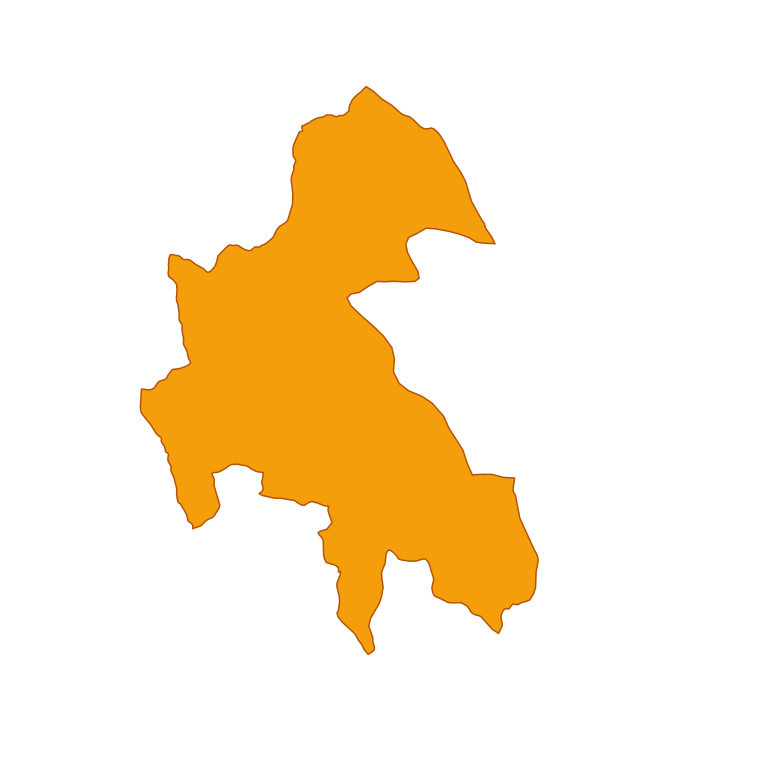 SVG path tracing the border of Pool, rotated 308°
{"feature_id": "COG-3341", "entity_name": "Pool", "entity_type": "Region", "adm_level": 1, "iso_a3": "COG", "parent_name": "Republic of the Congo", "parent_adm1": "", "projection": "natural_earth1", "projection_center": [14.821, -3.811], "detail": "fine", "context": "isolated", "style": "filled", "palette": "amber", "viewbox_px": 768, "rotation_deg": 308, "n_neighbors": 0, "source": "natural_earth", "source_scale": "10m", "svg_char_len": 6171}
<svg xmlns="http://www.w3.org/2000/svg" viewBox="0 0 768 768"><g transform="rotate(308 384 384)"><path d="M607.3,186.8L608.1,194.9L607.3,206.2L608.4,218.9L607.6,231.2L608.4,235.0L610.2,239.2L610.3,244.4L609.1,254.3L610.1,259.1L612.4,261.7L614.7,263.5L615.7,266.0L615.4,271.3L614.4,275.5L611.9,282.3L602.2,301.6L598.2,313.8L593.8,323.6L581.6,340.8L573.7,359.4L572.2,364.5L569.4,367.8L566.1,378.5L562.9,385.0L558.8,379.4L555.7,374.8L552.6,369.4L551.8,361.3L548.7,351.4L544.0,340.6L537.8,328.8L532.7,321.3L521.8,316.8L514.8,313.2L507.7,315.0L502.3,321.3L498.4,329.4L493.7,341.1L489.0,346.6L483.9,345.1L477.6,337.9L470.6,328.0L465.1,321.7L460.5,315.3L451.9,311.7L440.9,308.1L434.7,302.7L429.2,301.8L425.3,309.9L423.8,324.4L423.0,339.7L421.4,354.2L417.5,367.7L410.2,376.7L399.3,384.0L393.8,395.7L393.8,407.4L397.7,421.9L398.5,433.6L395.4,450.7L389.1,462.5L384.4,476.0L380.5,486.8L372.0,499.5L366.8,509.5L373.8,517.6L379.3,524.8L383.9,535.6L390.3,544.8L379.8,550.9L378.2,553.4L377.0,556.4L361.9,573.6L345.8,604.6L344.3,608.3L342.3,611.7L339.3,614.6L330.1,619.2L317.1,628.6L311.3,630.9L303.9,631.8L301.7,630.8L295.6,626.5L293.1,625.6L292.2,625.0L290.6,622.0L289.7,620.9L288.1,620.8L283.9,621.0L283.0,620.1L281.4,617.6L277.8,617.5L274.0,618.7L271.7,620.1L267.7,625.0L265.3,626.4L261.5,627.1L258.1,627.8L257.3,620.9L260.4,603.3L259.7,601.0L258.7,598.9L257.9,596.8L257.8,594.1L258.3,592.0L259.8,588.0L260.1,585.8L259.3,580.2L257.1,576.6L254.2,573.4L251.3,569.1L249.6,560.5L248.2,555.4L248.3,553.7L249.9,550.4L253.0,547.1L260.4,543.6L262.8,540.8L265.0,537.3L268.2,533.0L271.0,528.5L271.6,524.3L270.3,522.7L263.6,517.7L259.7,512.5L256.5,506.9L255.2,503.6L255.2,502.4L255.8,501.2L256.7,497.9L257.0,495.0L257.0,492.6L256.5,490.8L255.4,489.7L251.8,490.0L243.4,495.3L234.5,497.8L230.5,501.0L223.2,508.5L215.8,512.5L208.3,515.3L191.1,517.7L183.8,521.1L178.0,530.1L177.7,530.7L177.3,531.2L174.1,533.8L170.8,538.4L168.8,539.8L166.9,539.9L161.2,538.0L161.2,537.9L162.6,531.4L164.7,527.5L165.3,525.8L166.1,522.5L166.7,520.7L169.0,515.5L169.4,513.2L170.6,497.9L172.2,491.2L172.7,490.4L173.6,489.1L174.7,488.0L177.6,487.4L184.6,483.4L189.1,479.5L195.0,472.0L197.0,470.2L199.6,469.0L206.2,467.1L209.3,465.6L207.8,463.9L211.1,461.2L211.3,457.4L207.8,448.4L210.1,444.0L212.7,441.1L222.7,433.0L224.0,431.4L224.6,429.5L225.5,424.8L226.5,423.7L228.2,424.1L234.5,428.4L242.7,428.4L243.6,427.3L246.7,422.1L249.5,418.2L251.1,416.8L253.5,415.9L251.0,411.0L249.2,404.8L247.0,399.5L243.3,397.2L239.5,396.1L237.8,393.4L237.2,389.6L237.2,385.6L230.7,373.5L226.5,367.8L221.3,356.8L220.8,353.3L221.7,353.2L223.6,354.0L226.5,353.6L228.4,351.9L231.1,348.1L232.6,347.4L234.0,346.9L239.0,343.9L239.8,343.6L239.3,342.4L238.4,340.7L237.0,338.5L236.3,336.6L235.3,331.4L235.3,328.2L235.0,326.4L234.1,324.6L232.7,322.4L231.0,318.7L229.9,317.0L228.4,315.5L227.2,313.7L224.4,312.2L220.2,311.2L212.7,307.8L211.4,306.7L209.1,304.1L207.8,303.6L206.5,304.8L205.0,308.0L204.0,309.2L200.0,312.2L198.5,313.7L187.5,329.1L186.0,330.0L184.1,330.5L175.8,331.4L174.1,331.1L172.1,330.5L169.0,328.7L166.6,327.9L161.1,327.3L159.2,326.9L152.3,322.3L154.5,320.7L155.0,320.0L155.4,319.0L155.6,317.1L155.4,314.5L155.5,313.9L155.8,313.4L157.9,311.1L159.2,309.4L161.5,304.4L162.4,301.8L163.8,298.5L164.1,297.1L164.0,296.1L163.9,295.7L163.9,295.2L164.1,294.5L164.8,293.4L169.0,288.8L172.1,286.4L173.4,285.7L173.8,285.3L181.0,275.9L181.9,274.5L183.1,271.7L184.0,270.2L184.8,269.1L188.0,266.9L188.4,266.3L189.8,262.3L190.4,261.2L191.3,260.4L193.1,259.0L195.6,257.7L196.3,257.0L196.4,255.5L196.1,254.6L196.2,253.6L196.5,253.0L197.6,252.2L198.5,251.1L199.5,249.5L201.2,244.7L201.9,243.6L203.8,242.2L204.4,241.4L204.5,240.7L204.4,239.0L204.6,236.0L205.2,233.6L208.1,225.9L211.3,212.4L212.0,210.7L212.7,209.2L216.4,205.8L230.7,196.0L235.4,203.5L239.5,205.4L245.6,204.9L248.2,205.5L252.4,208.4L253.9,208.9L255.3,209.0L257.4,208.4L264.0,208.1L265.2,208.5L266.1,209.2L266.9,209.9L267.5,210.7L269.0,212.2L271.3,214.0L276.7,217.5L279.7,218.5L281.5,218.5L282.2,217.7L284.5,213.2L287.6,209.8L288.8,208.1L291.6,202.0L292.2,201.2L292.8,200.7L296.2,198.3L301.0,192.9L302.5,191.4L305.7,189.0L306.2,188.5L306.6,187.9L307.5,184.8L307.8,184.3L308.1,183.7L308.8,182.8L314.2,178.5L319.9,172.4L321.1,170.6L321.3,169.9L323.8,167.6L330.6,163.1L332.2,161.5L334.2,159.8L334.4,159.5L334.6,159.2L334.9,158.7L335.4,157.4L336.1,154.5L336.2,153.6L336.1,149.5L336.3,148.2L337.1,147.0L338.3,145.8L343.1,142.8L344.8,141.1L350.7,137.1L353.0,136.3L354.5,136.2L355.2,137.0L355.8,137.9L357.2,140.9L358.4,142.7L358.7,143.8L358.9,145.0L358.6,148.8L358.9,149.8L359.5,150.6L360.9,152.1L361.5,153.0L361.9,154.0L362.2,155.3L362.3,156.7L362.3,162.5L363.7,170.0L363.8,171.1L363.8,171.7L363.3,173.8L363.3,175.1L363.5,176.3L364.6,177.3L366.5,177.9L370.4,178.3L373.8,178.1L377.8,176.7L382.2,174.6L383.6,174.4L396.1,175.8L397.9,176.3L398.7,177.0L399.2,177.9L400.2,179.8L402.4,182.0L402.9,183.0L403.3,184.1L404.1,190.9L405.2,194.3L405.8,195.3L406.5,196.1L407.3,196.7L408.4,197.0L411.5,197.7L412.7,198.1L413.4,198.8L413.8,199.5L414.0,200.1L414.2,200.4L414.5,200.9L415.2,201.3L417.7,202.2L418.4,202.5L419.1,203.1L423.0,204.8L430.6,206.2L432.5,206.2L436.1,205.2L440.0,204.6L442.1,204.5L443.7,204.7L450.9,207.1L452.6,207.3L454.1,207.2L468.1,201.7L470.6,200.4L475.5,196.6L476.7,195.9L478.2,194.7L481.0,191.7L482.5,190.4L483.3,189.8L484.1,189.1L486.1,186.6L487.4,185.5L490.2,183.6L492.1,182.8L496.4,181.4L498.0,180.6L498.5,180.2L499.6,179.1L500.4,178.7L501.5,178.2L503.9,177.7L505.3,177.1L506.2,176.1L506.5,174.9L507.4,172.8L507.9,172.0L508.7,171.1L510.4,169.8L512.6,167.9L515.6,166.1L517.4,165.4L530.0,162.2L531.3,162.6L533.3,163.9L534.0,163.5L535.4,161.5L536.6,160.6L537.6,160.9L538.5,161.7L541.7,162.9L544.1,164.3L546.5,164.7L551.8,167.3L554.2,169.0L556.4,171.1L557.2,171.7L558.2,172.1L559.3,172.4L560.2,172.9L561.0,173.6L562.2,175.3L562.9,176.0L563.5,176.9L564.0,177.8L564.9,181.4L565.6,182.2L566.5,182.8L567.4,183.2L568.3,183.8L569.0,184.5L569.5,185.5L570.6,186.4L572.2,187.2L575.3,187.9L577.8,188.1L578.2,187.9L578.8,187.5L579.5,186.9L580.7,186.1L582.6,185.4L586.2,184.4L588.4,184.1L590.1,184.1L595.1,184.7L599.5,185.8L607.3,186.8Z" fill="#f59e0b" stroke="#b45309" stroke-width="1.5"/></g></svg>